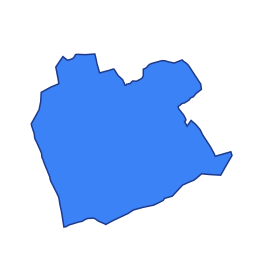 Gwiwa, Jigawa, Nigeria (Equal Earth projection), rotated 164°
{"feature_id": "59680162B64636531363939", "entity_name": "Gwiwa", "entity_type": "district", "adm_level": 2, "iso_a3": "NGA", "parent_name": "Nigeria", "parent_adm1": "Jigawa", "projection": "equal_earth", "projection_center": [8.29, 12.74], "detail": "fine", "context": "isolated", "style": "filled", "palette": "blue", "viewbox_px": 256, "rotation_deg": 164, "n_neighbors": 0, "source": "geoboundaries", "source_scale": "gbopen_adm2", "svg_char_len": 2220}
<svg xmlns="http://www.w3.org/2000/svg" viewBox="0 0 256 256"><g transform="rotate(164 128 128)"><path d="M112.2,50.3L104.2,50.3L91.3,58.1L84.5,59.1L79.0,59.7L75.9,60.9L72.1,62.7L71.2,63.1L69.8,63.7L62.7,60.9L51.9,57.1L44.9,64.0L35.6,72.9L35.7,76.8L52.0,76.8L52.1,77.6L52.1,78.8L53.8,86.7L58.2,101.1L59.1,106.4L62.0,112.9L65.3,117.9L70.7,113.5L71.2,115.7L71.9,118.7L70.6,119.0L70.0,120.3L70.9,125.0L73.9,132.4L74.0,134.8L72.7,135.3L71.4,135.6L69.9,136.5L69.1,136.6L68.3,136.7L66.8,136.5L61.7,138.0L59.4,139.7L56.6,140.0L53.1,142.4L46.8,144.9L46.0,150.2L52.3,170.5L53.1,172.5L54.6,174.9L56.0,176.4L57.2,178.5L65.7,177.7L70.6,180.3L74.1,182.5L76.9,183.4L87.3,183.5L88.8,183.3L89.5,183.3L90.5,182.9L92.2,181.9L93.4,181.1L94.6,180.6L97.1,180.3L99.0,173.7L101.2,171.8L106.9,170.6L110.5,171.9L111.4,171.5L112.5,170.9L113.6,170.1L114.2,170.2L115.1,170.4L115.9,170.2L117.1,170.5L117.9,169.9L119.0,169.8L119.3,170.4L119.2,171.9L119.5,173.3L119.7,174.6L119.8,175.7L120.5,177.0L123.1,181.1L125.2,188.4L126.2,188.8L130.2,188.6L140.1,188.8L140.1,198.4L139.6,204.7L139.5,208.3L148.6,210.2L154.4,212.1L156.8,212.9L158.2,213.0L160.8,210.4L163.4,209.8L166.6,209.8L167.4,209.7L170.9,214.6L180.6,206.5L181.7,194.1L182.3,189.6L190.9,188.6L201.6,186.2L204.6,177.5L208.4,170.1L219.8,158.7L220.0,157.3L220.0,156.0L220.0,155.6L219.9,154.8L219.9,153.4L219.9,152.5L219.8,152.1L219.8,151.5L219.8,151.1L219.7,150.1L219.7,148.6L219.8,147.7L220.2,145.8L220.4,144.0L220.4,143.1L220.1,141.3L219.9,140.8L219.4,137.2L218.7,132.5L218.1,127.8L218.8,123.2L218.4,121.1L218.4,120.2L218.3,118.1L217.7,112.0L217.4,110.2L217.2,107.6L216.8,103.7L216.7,102.4L216.8,101.5L216.9,100.2L216.9,97.8L216.5,96.3L216.4,95.4L215.9,93.2L215.7,92.0L215.7,91.7L215.6,91.1L215.5,90.9L215.3,89.7L214.5,85.7L213.8,81.3L213.7,80.7L213.8,79.3L213.9,78.2L214.0,77.1L214.2,75.9L214.4,74.1L214.7,70.9L214.9,66.9L215.4,62.5L216.9,50.5L214.6,50.2L214.1,50.4L211.4,51.1L207.3,51.1L202.7,51.2L201.0,51.2L199.7,51.1L198.3,50.9L196.4,51.3L194.2,51.9L192.3,52.1L191.8,52.2L186.1,50.9L184.5,49.7L182.4,46.9L176.6,42.1L176.1,41.4L168.2,43.1L151.2,45.9L145.9,47.6L143.4,47.7L135.5,47.6L124.6,46.8L120.1,47.5L114.2,48.7L112.2,50.3Z" fill="#3b82f6" stroke="#1e3a8a" stroke-width="1.5"/></g></svg>